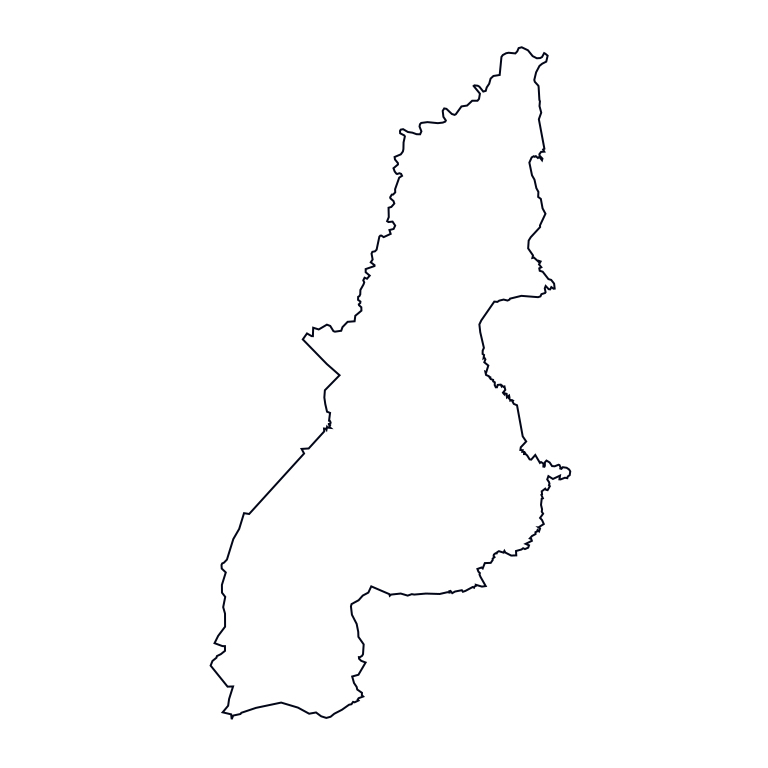 Susupuato, Michoacán, Mexico (Albers equal-area conic projection), rotated 178°
{"feature_id": "50627088B45891459057999", "entity_name": "Susupuato", "entity_type": "district", "adm_level": 2, "iso_a3": "MEX", "parent_name": "Mexico", "parent_adm1": "Michoacán", "projection": "albers", "projection_center": [-100.425, 19.176], "detail": "fine", "context": "isolated", "style": "outline", "palette": "ink", "viewbox_px": 768, "rotation_deg": 178, "n_neighbors": 0, "source": "geoboundaries", "source_scale": "gbopen_adm2", "svg_char_len": 6130}
<svg xmlns="http://www.w3.org/2000/svg" viewBox="0 0 768 768"><g transform="rotate(178 384 384)"><path d="M556.7,61.5L548.3,59.2L547.9,54.3L546.3,57.9L539.0,59.2L538.0,60.4L523.2,64.8L497.9,69.2L481.3,63.6L470.3,57.1L463.4,58.1L458.4,54.1L453.3,52.3L449.0,53.3L445.2,56.2L437.4,59.9L430.1,64.7L427.7,65.1L426.0,67.4L424.5,66.9L420.5,68.6L421.3,69.5L420.3,70.9L415.7,72.4L417.0,73.8L416.8,76.1L421.4,79.6L421.9,82.2L424.4,86.2L426.0,92.8L419.7,94.3L412.1,106.3L416.4,108.1L418.5,110.3L418.6,111.9L417.6,111.8L415.4,113.1L414.4,114.7L413.4,124.5L418.4,132.2L418.4,137.2L419.7,145.2L424.1,154.5L424.8,162.9L424.1,165.2L416.9,168.8L412.6,173.3L406.9,176.1L403.8,182.2L386.0,173.8L385.6,172.2L384.3,173.3L374.6,174.0L367.7,171.7L363.6,173.0L361.1,172.5L349.4,173.1L335.7,172.2L327.9,173.7L325.9,173.3L326.0,174.6L324.8,174.9L323.1,172.6L320.3,174.1L313.4,175.2L312.4,173.6L309.8,174.4L302.5,178.0L301.1,177.3L300.7,178.4L299.1,179.1L299.2,180.1L293.2,178.1L289.4,178.5L294.2,187.7L295.2,190.2L294.8,191.7L296.2,193.2L297.1,195.9L293.0,197.2L291.8,196.2L289.5,201.5L283.6,201.5L281.5,204.3L281.5,205.7L279.6,207.1L280.5,208.3L280.1,209.7L278.4,211.0L277.3,210.8L276.7,212.0L275.0,212.9L270.4,211.3L269.5,213.0L268.6,211.3L262.9,208.1L257.8,208.1L257.9,212.5L252.4,213.8L250.7,215.0L248.9,214.1L245.6,215.4L244.7,217.7L248.0,219.3L241.7,222.1L242.3,224.1L243.6,224.6L241.3,227.0L237.8,228.7L237.8,230.6L236.2,231.3L235.6,232.7L234.2,231.3L233.1,234.0L234.6,235.3L233.6,235.2L233.6,235.9L229.2,238.5L230.8,242.5L232.7,244.7L229.5,248.8L230.8,250.9L230.4,253.3L231.3,257.7L230.4,263.8L229.2,264.2L230.6,267.7L229.9,268.2L230.1,271.2L226.5,273.8L225.7,272.6L224.2,272.2L221.8,276.1L222.7,277.1L222.1,278.5L222.5,280.2L224.2,282.9L222.9,286.2L218.5,283.2L211.3,286.3L212.0,282.6L210.8,282.5L206.5,284.0L204.1,283.5L203.6,285.1L201.6,286.4L200.9,290.2L202.0,292.1L204.4,293.9L208.2,294.6L209.7,293.0L210.8,293.4L210.5,294.6L211.5,296.9L212.4,297.2L216.3,295.8L218.9,296.1L221.2,299.8L224.3,301.8L226.0,300.0L226.1,296.6L226.6,295.7L227.6,295.9L227.4,298.9L229.8,300.5L230.9,299.7L235.3,307.8L239.5,303.3L241.1,303.6L243.4,307.6L244.9,309.0L246.5,309.1L246.4,310.2L245.6,310.4L246.1,311.2L248.2,311.4L247.7,313.0L250.0,313.3L249.5,316.0L243.9,321.6L247.2,326.8L251.8,358.1L255.0,359.6L256.2,362.0L255.6,362.8L256.8,363.5L258.4,363.0L258.5,364.0L260.1,365.9L259.1,366.4L259.4,368.1L261.6,366.4L261.8,369.9L263.8,370.5L264.0,369.4L264.6,370.0L265.4,371.2L263.0,373.9L263.7,377.3L264.6,376.9L266.1,378.3L266.6,377.6L267.4,379.3L270.4,379.1L271.2,376.8L272.4,376.8L273.4,379.1L273.2,381.8L274.8,382.8L274.8,384.3L277.2,385.2L277.5,386.9L278.2,386.7L278.9,388.1L281.7,389.5L282.3,392.7L281.4,392.2L279.1,398.8L283.0,402.2L281.8,405.1L282.8,406.8L283.6,406.3L283.0,409.5L284.4,410.6L284.2,414.0L282.9,416.6L286.0,432.4L286.6,440.2L284.6,444.1L270.9,462.5L267.8,462.1L265.9,463.3L261.5,464.2L257.6,463.1L255.7,463.9L255.1,464.9L243.6,467.3L227.0,465.4L224.6,466.1L223.5,468.3L219.9,469.3L219.3,470.1L220.0,474.0L219.0,476.3L216.1,473.0L214.6,472.8L213.4,475.0L211.2,473.3L210.1,473.4L210.5,478.4L213.3,482.2L216.0,483.1L221.5,490.7L224.4,491.7L224.8,494.2L222.7,495.2L224.9,498.1L223.2,501.0L224.8,501.6L224.8,500.3L229.7,505.1L231.3,504.8L230.6,507.3L235.2,514.5L234.4,522.3L232.2,525.6L222.5,535.4L222.6,537.0L216.7,548.5L219.4,554.0L220.8,563.5L223.4,565.6L223.0,570.6L224.9,574.4L226.5,583.0L228.8,587.4L231.0,600.2L228.5,605.3L226.4,606.4L225.4,605.8L224.3,606.4L222.3,604.5L221.4,605.2L220.0,604.5L218.3,602.1L217.8,603.7L220.5,606.7L220.7,608.2L218.9,610.5L215.7,610.6L216.8,612.8L215.5,613.5L220.0,643.2L217.4,649.7L218.9,656.3L218.3,661.1L218.8,662.5L219.1,675.5L219.3,676.7L222.7,680.7L223.2,682.6L221.1,690.2L217.5,696.5L214.7,698.6L210.6,700.5L209.0,706.4L211.2,708.4L212.4,709.1L214.6,705.3L216.5,704.3L219.9,704.2L224.0,706.5L228.5,712.5L234.6,715.7L237.7,715.0L239.2,711.8L241.2,709.8L247.9,710.7L250.4,710.3L253.8,708.6L255.2,706.8L257.6,688.8L263.9,688.0L266.8,685.5L268.4,680.4L271.0,676.8L272.1,673.4L274.6,672.8L278.3,677.8L279.9,678.8L283.2,679.3L284.0,678.7L278.0,670.8L279.1,665.6L280.7,663.8L286.0,664.0L291.2,659.4L296.9,658.7L302.8,651.1L304.1,650.5L306.8,651.5L312.0,656.8L314.2,657.3L315.8,654.9L315.3,648.9L313.0,645.2L313.6,644.1L316.1,643.2L321.1,642.8L331.4,644.2L337.7,643.6L339.0,642.3L339.5,640.0L337.8,635.2L339.2,632.3L342.7,632.5L346.9,634.2L351.3,635.0L356.0,638.0L358.4,637.6L359.2,636.3L359.1,634.0L355.0,631.7L354.5,630.7L356.0,624.8L356.4,618.1L357.0,615.7L359.2,612.9L365.5,610.5L365.2,608.0L362.4,604.3L362.4,602.9L367.0,599.3L365.9,596.0L364.4,593.9L363.6,593.4L361.2,594.1L359.6,593.4L358.7,591.4L361.6,589.7L366.1,578.3L366.1,575.1L368.3,573.0L369.6,573.0L371.3,570.4L371.1,569.3L368.1,566.5L367.4,564.0L370.5,560.7L373.3,560.0L373.4,550.6L375.2,546.6L373.9,545.7L369.8,546.0L367.3,541.9L369.0,538.6L373.2,537.7L372.1,533.8L379.2,530.8L381.4,532.4L382.5,532.4L383.5,531.4L386.7,518.5L388.4,516.9L391.0,516.5L391.9,514.7L391.0,508.8L393.0,506.1L389.3,503.1L389.4,502.2L398.3,499.5L398.4,496.3L394.5,492.8L397.3,489.8L399.7,490.9L401.1,488.3L400.2,486.3L401.0,484.2L404.3,478.8L404.6,474.4L405.5,472.7L406.8,472.0L407.0,469.0L404.7,467.2L404.9,465.8L406.4,464.5L406.2,463.6L404.0,461.5L404.0,458.1L410.3,453.2L411.2,447.7L418.2,447.4L423.5,442.3L424.9,438.7L431.2,438.0L432.7,438.6L435.7,443.9L439.0,445.3L447.3,440.8L452.8,442.7L453.4,434.3L454.7,434.4L459.2,437.2L463.6,431.4L440.4,405.9L428.1,394.3L443.3,379.8L444.1,372.6L443.4,366.1L441.9,358.3L438.9,357.0L440.2,349.3L439.5,349.2L438.7,347.5L439.0,346.2L440.5,346.0L440.5,345.3L439.4,344.4L440.2,343.1L439.0,342.0L441.9,342.4L442.4,343.1L443.1,340.2L443.9,341.4L445.5,341.6L445.4,338.7L461.5,322.2L468.6,322.0L466.3,317.3L523.3,258.8L528.4,259.8L533.8,244.2L540.0,234.3L547.1,214.0L550.2,211.0L552.0,210.3L552.7,208.8L552.6,205.2L548.7,201.2L553.0,188.9L553.2,181.1L550.1,176.8L552.5,166.6L550.9,160.1L551.3,147.0L558.5,138.1L562.4,130.9L554.6,127.7L552.1,127.6L552.2,122.9L556.5,119.7L560.5,117.9L561.0,116.3L565.1,113.2L567.1,108.6L550.9,87.0L545.4,87.0L549.8,74.6L551.0,67.9L556.7,61.5Z" fill="none" stroke="#020617" stroke-width="2"/></g></svg>